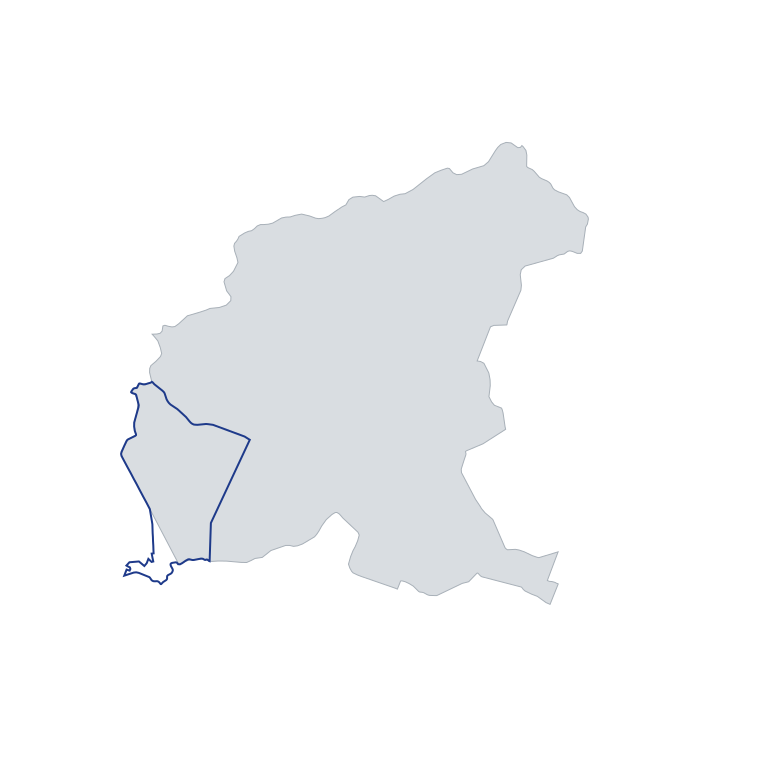 South Sudan, with Eastern Equatoria highlighted, rotated 111°
{"feature_id": "SDS-892", "entity_name": "Eastern Equatoria", "entity_type": "State", "adm_level": 1, "iso_a3": "SSD", "parent_name": "South Sudan", "parent_adm1": "", "projection": "natural_earth1", "projection_center": [34.12, 4.76], "detail": "fine", "context": "in_parent", "style": "outline", "palette": "blue", "viewbox_px": 768, "rotation_deg": 111, "n_neighbors": 0, "source": "natural_earth", "source_scale": "10m", "svg_char_len": 5820}
<svg xmlns="http://www.w3.org/2000/svg" viewBox="0 0 768 768"><g transform="rotate(111 384 384)"><path d="M566.0,579.2L547.1,601.1L545.7,602.4L543.4,604.1L535.8,604.2L527.9,603.1L520.6,597.4L513.2,601.8L508.6,603.2L505.8,603.7L499.2,604.4L490.0,606.8L485.8,609.7L483.5,612.0L481.7,616.3L480.7,616.8L479.0,616.3L476.7,614.5L471.7,612.1L469.2,606.6L467.0,603.3L465.1,601.6L457.2,607.0L453.4,608.3L450.3,608.2L444.7,605.1L438.4,602.5L435.2,602.5L430.3,605.8L424.8,610.6L422.0,615.5L420.6,618.3L418.7,613.9L416.9,611.2L414.2,610.1L409.0,611.2L407.7,609.6L407.4,605.9L406.7,602.4L405.3,599.8L401.3,597.2L390.8,592.0L382.8,581.5L378.8,576.6L375.8,573.5L371.6,565.2L366.9,559.5L361.1,556.9L357.3,558.2L353.4,564.3L345.9,570.0L342.5,570.2L338.2,567.1L332.7,564.9L322.9,563.9L318.8,566.6L313.5,571.0L309.0,573.6L306.2,573.9L303.6,572.9L300.7,572.3L298.1,572.2L292.9,568.2L290.1,565.3L288.3,562.5L285.4,560.6L281.9,559.0L279.4,556.4L278.2,553.3L276.3,549.3L273.7,545.6L265.7,539.1L263.3,535.3L261.7,531.5L258.4,527.4L254.9,521.8L253.8,513.7L253.7,507.2L253.0,504.2L251.5,501.2L249.8,498.6L247.0,495.7L240.5,491.5L233.7,486.7L230.5,483.8L224.4,482.8L220.7,480.0L217.6,473.9L216.4,469.0L213.3,465.2L212.0,462.5L211.3,459.3L213.8,449.7L210.2,446.2L204.9,441.8L201.1,437.0L198.8,432.5L192.0,426.6L177.1,417.8L168.6,412.2L163.9,407.2L159.8,402.2L159.4,400.2L162.1,395.3L162.5,391.2L160.4,386.7L151.5,378.3L144.4,369.0L139.0,366.1L126.1,363.6L122.4,362.6L118.5,360.8L114.7,356.6L113.4,351.7L115.4,343.8L114.2,341.4L112.0,340.7L112.6,339.1L115.1,335.2L119.1,332.7L129.8,328.8L130.4,327.3L130.7,322.4L131.6,320.0L135.3,313.1L135.8,310.4L136.0,304.6L136.6,301.9L137.6,299.9L140.6,296.5L141.6,294.4L142.1,290.0L141.9,281.2L143.4,277.7L150.2,269.7L152.0,266.1L152.7,262.9L152.6,259.6L153.0,256.4L155.1,253.3L156.8,252.3L161.8,251.4L165.1,252.0L188.8,246.5L191.6,247.2L192.8,250.5L192.7,255.7L193.1,258.2L194.3,260.0L198.1,262.4L200.6,266.6L202.0,268.1L205.8,270.9L223.3,294.5L228.2,296.8L233.1,296.0L242.6,291.1L247.4,289.8L280.9,291.2L284.7,290.5L284.9,290.6L289.9,302.4L292.4,305.1L329.1,305.3L328.4,301.9L328.9,298.1L335.4,290.9L336.3,290.0L342.0,286.5L347.5,284.2L358.2,281.5L362.1,277.2L364.3,273.3L364.4,265.6L365.8,264.3L368.3,262.5L380.6,255.6L382.7,254.2L404.4,270.2L416.6,282.9L417.4,283.5L418.0,283.7L418.6,283.3L419.2,282.7L420.7,282.2L425.9,282.0L435.8,281.4L439.0,279.9L458.9,257.2L464.0,250.0L465.3,248.5L468.1,243.4L471.2,234.5L471.8,233.5L493.5,212.3L494.3,210.6L494.5,209.3L491.3,202.1L490.6,198.5L490.4,192.9L491.1,184.2L490.9,178.7L490.6,177.2L490.4,176.9L478.3,161.3L508.9,161.1L509.0,159.2L508.9,158.5L508.3,156.7L508.0,154.2L508.0,152.8L508.2,151.5L508.2,150.8L508.1,150.2L508.1,149.9L508.3,149.7L530.2,150.0L530.0,154.4L527.3,164.8L527.3,171.0L526.7,178.1L525.9,180.3L524.8,182.0L524.4,182.8L524.4,183.6L528.9,223.4L528.6,225.1L527.4,227.6L527.0,228.4L527.0,229.0L527.5,229.5L537.6,233.8L538.1,234.0L538.5,234.4L542.1,239.5L562.1,258.4L562.8,259.3L564.9,265.3L565.1,266.2L565.2,267.6L565.1,268.7L564.6,272.2L564.8,273.8L565.1,274.9L565.4,276.1L565.4,276.5L565.2,277.4L562.2,284.2L561.3,289.1L561.0,293.2L561.2,295.6L561.5,297.1L561.8,297.7L562.0,297.9L570.7,298.0L570.6,300.2L571.8,336.1L571.8,340.1L571.4,345.2L570.4,347.2L568.0,350.0L564.9,352.6L557.1,353.3L550.7,353.2L546.1,352.6L539.8,352.4L533.9,353.0L531.7,355.2L523.9,374.3L521.4,379.0L520.8,381.8L521.5,383.5L524.6,385.9L531.3,389.3L539.0,391.3L544.7,392.1L548.6,393.0L551.6,394.1L562.6,402.8L566.1,406.8L568.0,410.3L568.5,414.2L570.0,418.0L580.0,429.9L589.5,435.5L593.1,441.9L596.6,445.0L599.9,448.3L601.7,453.3L605.8,467.6L608.6,475.2L611.4,481.3L612.6,491.3L614.8,495.8L617.1,501.3L621.0,506.2L625.0,510.0L625.8,511.0L584.7,557.7L566.0,579.2Z" fill="#d9dde1" stroke="#a8b0b8" stroke-width="1"/><path d="M625.8,511.0L626.0,511.6L625.7,512.2L625.3,512.8L625.0,513.4L625.0,514.0L625.1,514.5L626.7,517.3L627.4,518.2L628.2,518.7L629.3,518.5L630.4,517.6L632.3,515.3L633.3,514.5L634.1,514.3L635.1,514.3L636.0,514.4L636.9,514.7L637.9,515.4L639.9,517.2L641.0,517.6L642.1,517.3L643.0,516.9L643.8,516.7L645.0,517.0L648.0,519.2L650.6,520.3L650.8,520.8L649.6,522.9L649.3,524.2L649.4,525.2L650.3,527.2L650.7,528.5L650.7,529.6L650.4,530.7L648.6,533.3L648.4,534.0L648.2,545.2L648.6,547.8L649.7,550.0L656.0,557.8L653.0,557.8L649.5,557.8L649.4,554.6L647.6,554.5L646.3,555.5L646.1,557.8L645.8,559.4L641.7,557.8L641.6,557.7L639.4,553.1L637.5,549.2L639.8,542.5L636.3,541.3L631.7,541.3L633.4,537.2L632.4,535.8L628.8,538.1L625.6,540.1L624.7,538.4L621.5,539.8L617.7,541.4L613.5,543.3L609.7,544.9L606.2,546.5L602.4,548.1L597.9,550.0L594.8,551.8L591.6,553.7L588.4,555.6L584.7,557.8L580.0,563.1L575.4,568.5L570.7,573.9L566.0,579.2L562.3,583.6L558.4,588.0L553.3,594.0L548.8,599.2L545.4,603.1L545.2,603.3L543.5,604.4L541.5,604.7L534.0,604.3L533.0,604.2L529.8,604.0L528.4,603.7L527.4,603.1L521.5,597.6L520.6,597.2L519.8,597.5L517.0,599.9L513.3,602.0L509.5,603.4L502.2,604.1L493.7,604.9L491.6,605.4L483.1,611.4L482.6,612.2L482.5,612.9L482.7,614.8L482.7,615.6L482.6,616.4L482.5,616.7L482.2,617.2L481.6,617.2L478.7,616.5L477.9,616.1L477.2,615.2L476.9,614.6L476.3,613.5L475.8,613.2L475.4,613.2L471.8,612.9L471.2,612.6L470.9,611.6L470.7,609.2L470.5,608.2L469.9,606.9L466.6,602.6L465.5,601.5L465.2,601.4L465.4,600.5L466.5,598.4L469.6,588.6L470.4,586.7L471.3,585.5L476.2,581.5L477.7,579.7L478.8,578.0L479.7,575.9L481.5,567.9L485.8,557.0L488.4,552.5L489.4,550.5L489.9,548.7L490.0,547.0L489.5,545.1L488.8,543.2L485.1,535.8L484.5,533.7L483.4,529.0L483.0,495.3L484.2,489.3L575.8,495.8L611.9,483.3L611.9,483.9L611.5,485.1L611.3,485.7L611.3,486.3L611.5,486.9L612.3,487.8L612.4,488.4L612.3,489.2L612.2,489.8L612.1,490.4L612.2,491.1L612.6,492.3L616.4,498.4L617.0,499.8L617.4,503.0L617.9,504.0L620.0,505.8L623.7,508.3L625.5,509.9L625.8,511.0Z" fill="none" stroke="#1e3a8a" stroke-width="2"/></g></svg>